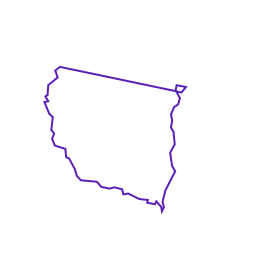 outline of Telfair, Georgia, United States of America, rotated 57°
{"feature_id": "52423323B57520474770079", "entity_name": "Telfair", "entity_type": "district", "adm_level": 2, "iso_a3": "USA", "parent_name": "United States of America", "parent_adm1": "Georgia", "projection": "robinson", "projection_center": [-82.902, 31.964], "detail": "fine", "context": "isolated", "style": "outline", "palette": "violet", "viewbox_px": 256, "rotation_deg": 57, "n_neighbors": 0, "source": "geoboundaries", "source_scale": "gbopen_adm2", "svg_char_len": 798}
<svg xmlns="http://www.w3.org/2000/svg" viewBox="0 0 256 256"><g transform="rotate(57 128 128)"><path d="M48.6,171.5L56.5,177.5L56.6,180.1L62.1,180.3L60.8,184.0L73.3,186.3L77.8,185.1L87.9,193.4L92.3,192.9L95.7,197.5L102.7,198.9L105.9,196.5L111.4,191.9L118.7,195.7L121.4,194.0L133.7,195.0L140.2,197.0L146.2,196.0L156.2,183.3L162.8,182.5L169.0,176.2L170.2,171.9L176.2,166.3L181.1,168.0L183.1,163.5L193.6,157.3L199.2,150.6L201.1,152.6L206.6,147.0L204.9,144.2L212.3,143.1L216.3,144.9L214.0,141.1L208.6,139.1L200.7,130.6L190.0,112.0L183.8,111.7L171.7,106.1L167.1,97.7L155.8,91.8L151.1,91.8L145.6,86.7L140.0,84.6L135.6,78.0L135.5,73.2L131.3,68.2L123.5,67.6L127.3,63.9L125.2,57.1L118.6,63.9L122.9,68.1L39.7,151.8L40.2,157.7L47.3,159.5L48.6,171.5Z" fill="none" stroke="#5b21b6" stroke-width="2"/></g></svg>